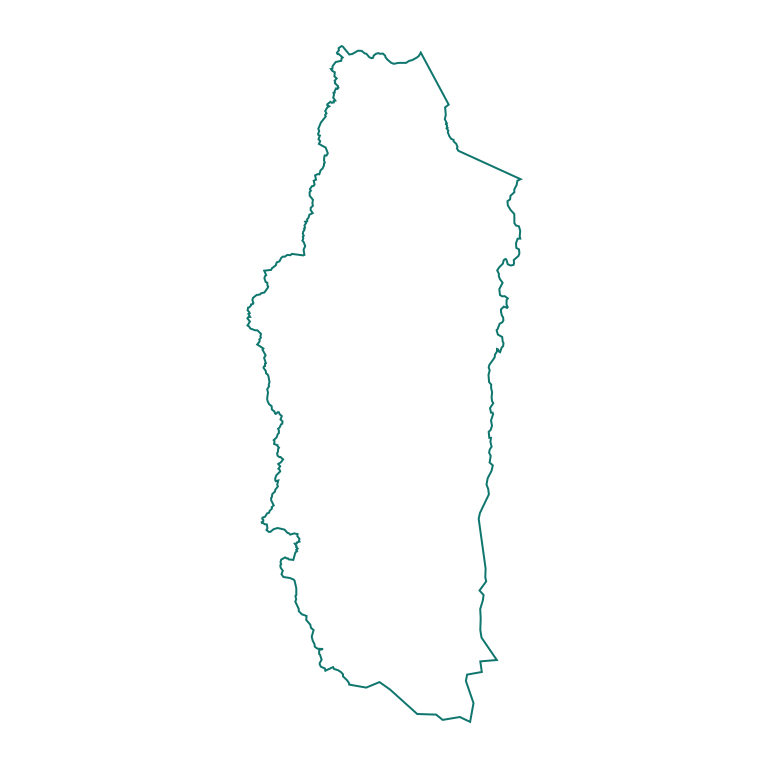 Iglesia, San Juan, Argentina
{"feature_id": "61730980B72303812021480", "entity_name": "Iglesia", "entity_type": "district", "adm_level": 2, "iso_a3": "ARG", "parent_name": "Argentina", "parent_adm1": "San Juan", "projection": "albers", "projection_center": [-69.7, -29.592], "detail": "fine", "context": "isolated", "style": "outline", "palette": "teal", "viewbox_px": 768, "rotation_deg": 0, "n_neighbors": 0, "source": "geoboundaries", "source_scale": "gbopen_adm2", "svg_char_len": 6070}
<svg xmlns="http://www.w3.org/2000/svg" viewBox="0 0 768 768"><path d="M510.6,210.0L507.8,205.3L507.5,201.1L510.1,199.4L510.5,195.7L514.3,192.3L514.3,189.4L516.6,185.0L517.4,180.7L520.6,179.2L458.4,150.8L456.9,148.4L457.5,147.0L456.3,143.9L453.6,141.3L453.6,139.9L451.2,138.9L449.4,136.3L447.8,132.3L448.3,130.6L446.7,128.5L447.5,127.9L446.8,127.4L447.1,125.5L446.3,124.6L446.7,123.7L446.0,123.7L446.3,122.2L444.8,119.1L445.8,114.9L445.1,107.4L448.7,104.6L420.8,52.6L418.8,56.0L417.1,57.4L412.3,60.1L409.3,60.8L406.0,62.9L398.5,62.9L393.8,63.8L391.2,62.8L387.5,59.7L385.6,57.4L385.1,55.6L382.9,53.6L380.0,53.8L378.3,53.1L375.8,53.9L373.7,55.6L373.0,57.8L371.6,58.2L369.3,57.2L366.4,53.8L364.5,53.3L361.8,50.9L358.0,50.7L352.2,54.0L349.3,54.5L342.7,46.5L341.5,46.1L338.6,48.2L338.9,50.4L336.9,52.8L337.6,54.1L338.7,54.0L342.7,57.5L341.6,58.2L341.2,60.8L335.7,62.0L332.6,66.1L332.4,68.7L330.9,69.0L332.2,70.8L334.8,72.3L334.4,76.4L336.7,78.4L334.6,80.8L335.2,82.1L334.9,83.2L338.0,86.1L337.8,87.2L338.4,87.8L337.3,89.0L336.0,88.5L334.6,91.3L334.7,92.6L333.5,92.8L334.0,95.0L333.2,97.6L335.3,100.6L333.7,101.0L333.8,102.4L331.7,102.8L330.4,101.8L327.3,104.3L327.3,105.2L329.2,106.3L327.3,107.4L325.2,111.0L326.5,113.4L325.1,114.9L325.7,116.5L320.9,122.5L318.3,128.9L319.2,131.1L318.1,133.9L318.5,135.1L319.9,135.6L318.5,139.2L320.2,141.2L318.9,143.9L325.7,147.6L327.8,153.3L326.5,155.6L325.0,155.3L324.4,156.2L324.0,160.3L324.8,162.7L324.0,163.4L324.0,165.3L322.5,168.6L320.6,170.2L319.3,174.3L317.7,174.1L315.1,175.4L316.0,179.7L313.7,180.8L314.6,184.4L313.7,185.8L311.8,186.3L309.9,189.2L310.9,190.7L309.6,192.1L309.7,195.8L312.9,199.7L312.4,203.3L312.9,205.8L310.8,207.7L310.6,210.0L312.7,213.1L309.4,214.7L308.4,218.0L307.1,219.3L307.2,221.3L305.2,221.7L306.1,223.1L304.5,225.3L305.0,227.8L304.0,228.6L304.5,229.8L303.1,231.9L302.8,233.8L303.8,235.7L302.8,236.7L303.3,238.6L302.4,240.6L303.7,242.1L305.2,246.1L303.6,249.6L304.4,254.9L303.4,255.4L291.9,253.9L290.4,255.2L287.3,254.9L284.8,256.7L282.9,256.6L281.2,257.9L279.5,261.3L276.7,262.4L275.8,265.3L272.0,268.2L271.1,269.9L264.2,270.7L266.2,275.2L265.0,276.2L264.4,278.2L265.7,282.0L267.3,282.7L267.5,285.7L268.2,286.5L267.8,287.7L264.4,292.5L261.2,293.2L259.9,294.5L256.6,295.0L253.1,297.8L252.4,300.0L253.4,303.1L252.9,303.9L251.0,304.5L251.0,305.4L249.4,307.3L248.1,307.6L247.6,310.2L249.3,312.3L249.7,313.3L248.4,314.0L250.1,316.9L248.4,317.1L247.4,318.3L249.9,321.5L247.5,325.5L249.1,326.5L250.3,328.5L255.2,330.3L257.4,330.3L261.0,333.9L260.4,336.3L260.9,337.7L259.3,339.5L259.7,340.7L259.3,342.0L257.2,344.5L263.4,348.5L262.5,349.7L265.6,355.3L264.1,357.9L265.9,363.2L265.0,363.6L265.1,366.0L264.0,366.4L263.5,367.8L265.7,370.8L266.1,373.4L267.6,374.4L268.4,376.1L269.5,382.0L268.7,384.8L269.1,386.2L267.2,389.3L268.0,392.5L267.1,398.8L267.7,401.3L269.1,404.2L271.6,406.1L271.9,409.5L274.5,411.6L275.0,413.4L275.8,413.9L278.0,412.1L278.9,412.3L279.6,414.1L281.8,416.1L280.5,419.5L282.5,421.3L282.3,423.7L281.0,424.4L279.6,427.5L278.1,428.8L278.9,430.6L278.9,433.0L277.8,434.1L276.6,437.4L273.7,440.1L274.5,441.1L274.1,444.0L277.5,445.2L277.6,446.3L279.0,447.7L278.1,449.1L277.9,451.8L277.1,453.3L277.6,455.7L279.3,457.1L280.5,457.0L283.1,459.4L280.9,462.3L278.2,464.0L280.2,466.3L278.4,468.8L279.7,469.9L280.2,471.4L276.3,475.3L275.3,478.2L275.2,480.1L275.8,481.2L278.3,480.5L277.2,484.5L277.9,486.4L275.4,489.6L274.9,491.6L272.3,494.1L271.8,497.2L271.1,498.0L271.2,500.3L273.7,505.4L271.7,507.2L271.9,508.6L269.6,510.9L269.1,512.7L267.1,513.4L265.1,516.7L262.5,517.6L262.2,518.7L263.3,519.8L263.3,521.0L261.7,522.2L262.1,523.1L263.0,522.9L264.6,524.2L266.8,524.4L267.4,528.1L266.5,530.0L268.8,531.9L270.3,531.9L273.6,529.2L277.6,528.0L284.5,529.6L287.4,532.8L289.0,533.3L290.2,534.6L294.1,533.4L297.6,534.1L297.3,536.1L299.4,538.8L299.0,540.5L299.5,541.6L297.0,542.4L296.8,543.4L294.8,543.7L296.6,546.3L296.1,547.0L297.7,548.6L296.2,549.9L297.1,551.2L295.4,552.4L293.3,559.9L288.8,559.4L287.8,558.3L287.0,558.5L285.1,557.4L281.2,559.6L280.5,562.3L281.2,564.2L280.3,565.3L280.7,567.8L282.8,570.7L281.5,574.2L283.4,577.0L289.9,578.0L293.7,579.6L294.6,580.8L296.3,588.3L296.3,595.1L295.4,596.0L296.2,599.3L295.3,601.6L298.7,608.8L298.8,611.2L301.9,614.3L306.6,616.0L306.2,619.9L310.3,624.7L311.0,627.9L313.6,630.1L311.7,636.7L312.8,640.9L314.4,643.9L314.8,646.7L317.5,648.7L323.1,649.0L319.2,650.0L319.1,653.8L320.0,654.7L321.6,659.7L319.7,663.1L319.7,664.3L320.9,666.7L324.9,668.5L325.4,670.7L333.1,667.1L334.1,669.0L338.0,670.2L341.1,672.2L343.0,674.3L343.0,676.4L347.1,680.3L349.2,683.4L349.2,684.6L366.2,687.6L379.5,682.1L390.0,689.5L417.2,714.0L436.1,714.6L442.7,719.9L459.8,717.0L470.1,721.9L473.5,703.1L465.9,681.0L467.1,674.6L481.8,672.0L480.3,661.4L496.8,660.0L481.5,637.6L480.3,630.0L480.7,618.2L480.2,609.1L482.8,600.5L483.6,595.0L479.5,590.5L486.2,581.4L485.3,577.5L485.6,568.5L478.7,518.9L479.9,513.1L488.9,494.3L488.2,489.0L486.5,484.5L487.7,478.2L491.6,470.7L492.8,465.4L489.6,462.5L490.7,455.8L489.1,452.7L489.7,449.6L491.6,446.7L490.4,441.8L491.0,437.9L489.3,437.9L488.7,431.8L490.7,429.9L492.0,425.7L491.0,420.5L493.1,414.2L492.6,412.7L491.1,412.7L490.0,408.1L493.3,403.2L492.1,401.2L491.6,397.3L492.1,392.3L491.1,388.0L491.2,384.6L489.1,382.1L488.5,374.9L489.7,370.3L488.7,367.6L489.3,365.0L494.6,357.5L495.0,354.6L497.0,351.4L497.0,349.0L498.0,349.4L498.9,351.5L500.1,352.2L501.7,347.5L503.1,346.2L503.5,343.0L502.7,341.7L502.2,337.0L497.9,334.6L496.6,330.2L497.5,329.3L499.7,323.7L502.3,322.3L503.4,320.3L503.1,317.4L501.8,315.3L501.0,311.7L501.0,309.4L503.8,306.6L507.1,307.9L507.7,307.1L506.5,304.6L506.6,300.0L507.8,298.4L504.8,296.2L502.1,296.3L500.0,295.0L499.3,289.1L502.6,282.8L499.8,278.9L498.8,275.9L498.9,273.8L497.2,270.4L499.2,267.3L502.9,263.6L503.7,260.2L505.0,259.2L505.7,259.0L506.6,260.2L507.7,264.2L510.6,265.5L513.5,264.9L514.0,263.5L513.8,260.0L518.5,255.9L519.4,253.2L519.0,249.4L516.3,247.9L516.0,243.3L517.6,238.7L520.3,238.6L519.7,236.4L520.2,230.8L518.9,226.3L516.0,225.5L514.4,223.2L514.3,214.0L510.6,210.0Z" fill="none" stroke="#0f766e" stroke-width="2"/></svg>